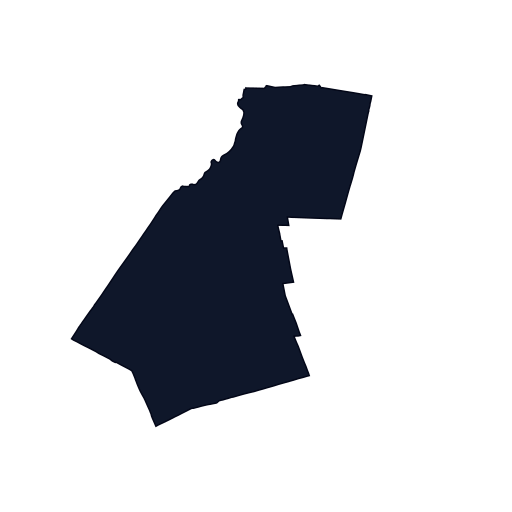 outline of Thoai Son, An Giang, Vietnam, rotated 303°
{"feature_id": "81297802B55991258422340", "entity_name": "Thoai Son", "entity_type": "district", "adm_level": 2, "iso_a3": "VNM", "parent_name": "Vietnam", "parent_adm1": "An Giang", "projection": "mercator", "projection_center": [105.279, 10.278], "detail": "fine", "context": "isolated", "style": "filled", "palette": "ink", "viewbox_px": 512, "rotation_deg": 303, "n_neighbors": 0, "source": "geoboundaries", "source_scale": "gbopen_adm2", "svg_char_len": 5983}
<svg xmlns="http://www.w3.org/2000/svg" viewBox="0 0 512 512"><g transform="rotate(303 256 256)"><path d="M86.1,146.4L86.1,148.7L86.6,152.7L86.9,156.8L87.3,160.9L87.8,164.9L88.7,174.0L88.7,177.3L89.3,182.2L89.8,187.4L90.0,189.2L90.0,189.5L89.9,190.6L89.7,192.6L89.9,194.4L90.0,195.1L90.1,196.0L90.6,196.5L90.8,197.1L91.2,202.4L91.8,208.7L92.0,210.8L92.1,212.5L92.1,213.3L92.1,214.4L90.4,217.2L89.4,218.6L87.8,220.9L86.6,222.4L85.4,224.1L84.2,225.7L82.4,228.3L80.8,230.7L79.6,232.6L78.6,234.4L77.4,236.6L75.7,239.9L75.4,240.2L75.2,240.7L74.0,242.5L70.3,248.2L68.6,250.9L67.2,252.8L66.6,253.8L64.9,255.6L63.6,257.4L58.7,264.8L61.0,266.0L71.5,272.4L73.6,273.6L75.3,274.6L76.8,275.4L80.2,277.5L83.8,279.5L84.8,280.1L90.5,283.4L92.9,284.8L93.1,285.0L93.4,285.3L93.7,285.5L94.0,286.1L94.4,286.6L96.1,288.1L98.0,289.9L100.0,291.6L101.8,293.3L103.7,295.1L105.3,296.7L106.9,298.5L108.6,300.2L110.9,302.6L111.3,302.9L111.9,303.2L113.2,303.5L114.0,303.7L114.5,303.9L116.2,305.4L117.2,306.5L119.6,308.5L121.1,309.9L124.3,312.5L125.2,313.6L129.4,317.2L133.5,320.8L137.5,324.5L140.1,327.0L141.2,328.1L145.0,331.3L148.6,334.5L151.8,337.2L152.9,338.2L156.8,341.6L160.7,344.8L172.3,355.0L176.3,358.3L180.1,361.8L183.2,364.4L184.0,365.2L184.7,365.8L186.3,363.8L187.3,362.4L188.0,361.4L190.5,358.1L192.8,354.7L195.3,351.2L196.3,349.8L200.5,344.2L203.2,340.6L205.6,336.9L208.1,333.3L209.4,331.6L209.8,332.1L210.7,333.1L211.3,334.0L212.0,335.0L213.6,336.6L214.3,335.7L215.0,334.7L215.6,333.8L221.6,326.2L227.1,318.4L226.7,318.1L235.2,306.7L238.6,302.1L247.5,293.5L254.5,301.7L263.0,293.0L264.1,291.9L276.1,280.4L278.3,278.3L279.4,277.4L277.7,274.7L282.9,269.6L282.2,268.7L287.4,263.8L287.6,263.7L290.5,260.6L293.3,257.7L293.6,257.5L293.8,257.6L297.9,264.1L299.5,266.8L305.7,261.1L306.7,262.6L307.9,264.8L309.5,267.4L310.1,268.4L313.9,274.8L317.3,280.5L320.2,285.3L322.8,289.6L326.5,295.8L327.3,297.0L327.6,297.4L329.2,300.1L331.9,304.6L333.3,306.9L338.3,305.3L349.7,301.8L350.6,301.5L360.4,298.4L366.7,296.5L367.2,296.4L373.4,294.6L376.8,293.5L379.9,292.4L387.8,290.0L400.9,286.2L404.0,285.1L408.9,283.2L426.8,276.2L435.7,272.7L438.2,271.8L439.1,271.6L439.8,270.9L440.3,270.8L441.0,270.6L442.3,270.2L444.0,269.6L445.8,268.7L446.4,268.5L448.3,267.9L452.3,266.3L453.3,265.9L452.3,263.3L451.0,259.9L450.6,259.5L450.0,258.3L448.1,253.8L448.0,253.5L447.8,253.1L445.7,248.2L443.2,242.6L440.2,235.8L436.5,227.3L433.3,220.0L432.9,219.6L432.4,219.2L432.6,218.9L432.8,218.3L433.2,217.5L433.6,216.0L432.9,215.8L432.1,215.5L432.0,215.2L431.6,214.4L431.2,213.6L430.8,212.6L429.6,210.4L428.8,208.7L428.4,207.9L428.2,207.5L427.8,206.8L427.0,205.1L426.6,204.3L426.4,204.0L426.3,203.6L426.2,203.3L425.3,202.6L424.0,201.0L422.8,199.3L421.0,197.2L418.8,194.3L416.6,192.6L413.6,188.4L412.6,186.8L410.9,184.5L409.1,182.1L407.7,180.2L406.3,176.5L405.0,173.0L404.6,172.1L404.4,172.0L404.3,171.9L404.1,171.9L403.6,172.1L403.2,172.1L402.7,171.9L402.2,171.8L401.8,171.9L401.6,171.9L401.3,171.7L401.0,171.5L400.7,171.1L399.6,169.3L394.4,160.9L392.1,157.3L391.6,156.5L391.5,156.0L390.8,156.3L390.2,156.6L389.3,155.4L388.7,155.6L385.8,156.8L384.0,157.5L383.1,158.1L382.0,159.1L381.5,158.8L381.0,158.6L380.4,158.4L379.4,158.2L378.9,158.0L378.7,157.8L378.4,157.3L378.2,156.9L377.9,156.7L377.7,156.3L377.3,156.5L376.9,156.8L376.3,157.0L375.9,157.1L375.1,157.2L374.5,157.3L374.1,157.5L373.7,157.7L373.5,157.9L373.0,158.5L372.5,159.1L372.3,160.0L372.0,161.0L371.7,162.7L371.6,164.7L371.5,165.2L371.4,165.6L371.1,166.1L370.7,166.6L370.4,167.1L369.9,167.7L369.4,168.0L368.3,168.6L366.8,169.2L364.7,169.8L361.1,170.4L360.5,170.6L360.0,170.9L359.3,171.4L358.7,172.3L358.1,173.4L357.7,173.9L357.3,174.3L356.7,174.5L356.1,174.6L355.3,174.3L354.3,173.9L353.1,173.6L352.0,173.4L350.8,173.4L349.4,173.5L348.3,173.6L347.4,173.8L346.4,174.1L344.1,174.8L342.7,175.3L341.5,175.9L340.6,176.2L339.0,176.6L338.1,176.9L337.1,177.2L336.6,177.3L335.8,177.4L333.3,177.3L332.8,177.3L332.0,177.3L331.1,177.1L330.0,176.9L329.0,176.7L327.1,176.1L326.2,175.8L325.4,175.4L324.7,175.0L322.9,174.0L322.2,173.7L321.2,173.3L320.5,173.2L319.9,173.2L319.0,173.3L318.2,173.6L317.3,173.9L316.7,174.2L316.2,174.3L315.7,174.3L315.3,174.3L314.7,174.1L314.0,173.6L313.7,173.3L313.6,172.6L313.4,171.7L313.4,171.1L313.6,170.3L313.9,169.1L314.0,168.6L313.9,168.3L313.8,167.9L313.4,167.6L312.7,167.2L312.0,167.0L311.7,167.0L310.6,167.1L310.0,167.5L309.7,167.9L309.4,168.2L309.2,168.5L308.8,168.7L307.3,169.3L306.5,169.5L305.2,169.7L304.3,169.8L303.1,169.7L302.5,169.5L301.8,169.3L301.4,169.2L300.9,169.0L300.0,168.6L299.5,168.4L298.6,167.9L298.2,167.8L297.6,167.8L297.0,167.9L296.1,168.1L295.2,168.4L294.2,168.5L293.2,168.5L292.6,168.4L291.6,168.3L290.2,167.7L289.6,167.4L289.0,167.2L288.4,167.0L287.7,167.0L286.9,167.0L285.6,167.0L284.8,167.0L284.4,166.9L283.7,166.8L282.8,166.1L282.4,165.6L282.1,165.2L281.8,164.8L281.7,164.1L281.6,163.6L281.3,163.2L281.0,162.7L280.7,162.3L280.2,162.0L279.6,161.7L279.1,161.7L278.7,161.8L278.4,162.0L278.0,162.0L277.5,161.9L277.3,161.6L277.2,161.2L277.0,160.8L276.8,160.4L276.5,160.1L276.2,159.6L275.9,159.0L275.7,158.7L275.3,158.1L274.9,157.5L274.8,156.9L274.7,156.4L274.3,156.1L273.7,155.8L273.4,155.6L273.0,155.6L272.8,155.6L272.4,155.6L271.1,155.8L270.7,155.8L270.4,155.8L269.9,155.7L269.5,155.5L268.4,154.8L267.8,154.2L267.3,153.7L266.9,153.2L266.6,152.9L266.3,152.7L265.9,152.5L265.2,152.4L263.9,152.1L263.0,152.0L257.6,151.5L249.9,150.7L247.0,150.4L244.3,150.3L239.6,150.3L235.5,150.1L233.1,150.2L225.4,150.2L220.3,150.0L217.8,150.0L215.2,149.9L212.7,149.8L210.2,149.8L207.7,149.7L198.6,149.5L197.9,149.4L194.3,149.2L189.0,149.1L183.8,148.9L173.4,148.4L168.2,148.2L163.0,148.1L160.4,148.1L150.0,148.0L147.4,147.9L142.2,147.8L139.7,147.8L134.5,147.6L131.9,147.5L129.4,147.4L127.2,147.2L125.0,147.4L123.3,147.2L121.6,147.2L120.2,147.0L117.7,146.9L112.7,146.7L109.1,146.6L105.5,146.4L104.6,146.5L102.1,146.3L100.9,146.4L100.1,146.2L95.5,146.4L92.6,146.4L88.9,146.4L86.1,146.4Z" fill="#0f172a" stroke="#020617" stroke-width="1.5"/></g></svg>